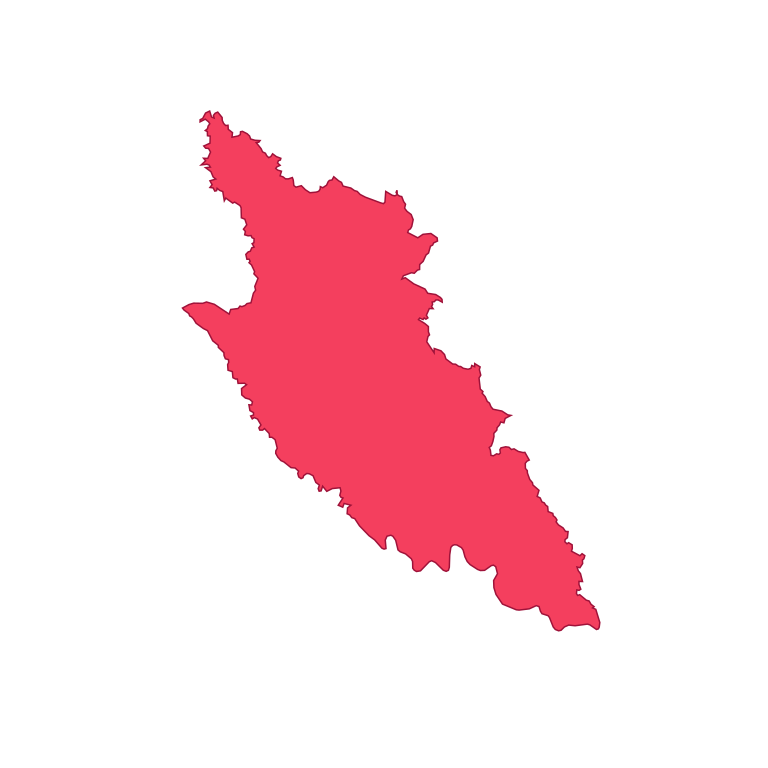 the district of Vacaria, Rio Grande do Sul, Brazil, rotated 144°
{"feature_id": "56859067B46589048309453", "entity_name": "Vacaria", "entity_type": "district", "adm_level": 2, "iso_a3": "BRA", "parent_name": "Brazil", "parent_adm1": "Rio Grande do Sul", "projection": "equal_earth", "projection_center": [-50.936, -28.365], "detail": "fine", "context": "isolated", "style": "filled", "palette": "rose", "viewbox_px": 768, "rotation_deg": 144, "n_neighbors": 0, "source": "geoboundaries", "source_scale": "gbopen_adm2", "svg_char_len": 6150}
<svg xmlns="http://www.w3.org/2000/svg" viewBox="0 0 768 768"><g transform="rotate(144 384 384)"><path d="M417.5,136.3L409.7,123.6L407.6,121.7L398.6,116.7L391.1,115.2L389.4,112.8L391.0,108.2L391.2,105.3L387.4,100.1L387.4,97.8L389.9,88.0L389.7,84.7L387.8,81.7L385.5,80.7L380.8,81.4L376.3,80.4L371.5,76.1L360.6,70.2L359.0,68.1L356.4,60.5L354.5,59.9L352.8,60.8L349.6,64.2L345.1,77.2L346.9,80.3L344.9,80.4L346.0,84.1L345.6,87.9L347.4,90.2L349.5,98.5L351.6,99.1L351.5,101.3L349.0,104.1L347.5,102.4L345.4,102.3L344.1,107.2L342.3,109.7L339.5,107.5L336.5,115.1L336.6,118.7L335.4,122.5L333.5,120.2L328.8,122.0L327.0,124.9L325.0,125.1L322.4,127.1L323.5,130.3L326.4,129.9L330.6,138.5L328.4,140.2L326.3,143.3L327.9,147.1L329.9,147.2L330.4,150.1L328.9,151.7L326.0,151.8L321.8,156.4L323.8,158.1L323.7,162.3L325.7,167.5L325.8,171.3L324.0,172.3L323.8,175.3L324.5,178.0L323.5,180.1L326.2,184.3L323.6,188.7L324.4,191.0L324.2,193.6L325.5,195.8L324.6,200.0L326.2,203.0L321.1,206.9L322.9,214.8L321.9,216.9L322.2,221.1L320.3,227.7L319.0,229.7L319.2,232.6L316.3,236.8L313.7,237.5L311.2,237.1L310.2,245.9L311.8,246.8L315.0,250.5L316.9,255.1L319.4,256.1L320.1,259.4L322.5,261.7L326.9,263.6L328.9,262.7L330.4,259.8L332.4,259.6L333.9,261.3L337.7,261.6L339.4,263.4L336.8,268.0L336.2,270.8L333.5,270.9L329.7,273.5L325.9,276.9L324.2,279.5L319.8,280.4L318.2,282.2L314.6,283.0L312.0,284.7L309.8,282.1L306.2,284.9L299.8,284.0L302.0,286.3L304.5,292.8L310.6,299.5L310.8,302.8L309.9,306.6L310.7,309.2L309.6,314.3L310.0,318.9L308.4,319.7L309.1,323.3L303.6,333.0L300.5,334.3L298.4,339.6L296.2,341.3L298.6,347.2L300.5,344.7L302.1,347.4L304.4,345.6L307.3,346.5L310.6,350.1L311.7,353.1L313.2,354.3L314.4,357.9L316.7,359.8L319.2,367.9L317.7,372.3L318.4,377.4L322.5,383.2L325.1,379.8L324.6,393.0L320.5,396.6L318.3,397.0L317.4,400.1L314.3,404.4L315.5,409.2L318.3,415.8L316.4,416.4L314.5,413.2L312.7,413.8L312.0,411.8L309.6,411.7L309.3,414.7L303.0,418.4L300.0,416.1L300.0,418.8L298.0,419.7L296.9,422.0L294.8,421.0L292.7,421.5L290.8,420.2L288.8,416.0L287.3,418.4L287.5,420.8L289.6,426.0L295.3,431.7L295.0,436.7L301.1,447.6L304.3,457.5L307.9,458.4L304.7,460.2L296.4,457.9L294.4,455.8L290.0,456.5L287.9,455.7L284.9,459.7L280.3,460.2L274.1,463.7L271.0,463.8L265.4,468.2L263.0,467.8L260.9,469.0L256.7,468.2L255.1,471.0L257.6,478.2L264.5,482.2L270.7,482.4L275.8,492.6L273.7,494.2L271.4,494.0L268.9,495.2L263.8,499.8L262.4,505.1L263.9,510.1L264.0,514.1L260.9,516.8L260.9,519.9L259.5,525.2L261.0,526.9L261.9,529.5L264.6,529.8L266.4,531.8L269.4,538.8L276.3,530.6L278.4,530.2L280.3,532.6L289.2,546.0L291.9,551.4L292.5,555.6L294.2,557.8L295.6,562.0L300.8,568.2L299.9,572.1L301.3,575.1L302.8,581.2L306.2,579.6L308.5,580.8L310.2,580.5L313.6,578.6L318.2,578.8L319.5,581.1L321.2,579.1L323.6,578.3L326.1,579.1L331.5,582.3L333.4,587.3L334.3,593.0L339.5,595.0L340.3,597.5L337.5,602.4L336.8,604.9L340.9,606.2L343.1,607.9L343.9,610.9L345.7,613.5L341.9,616.4L344.3,619.6L344.9,622.0L343.2,622.6L339.5,622.0L340.2,625.4L338.2,626.7L336.2,626.1L334.8,627.2L337.4,631.2L338.8,635.7L341.9,634.5L344.2,634.9L344.7,637.7L344.3,640.4L345.8,643.2L345.1,646.7L345.5,654.4L343.1,653.2L341.2,653.8L345.1,657.0L347.9,660.6L347.0,663.6L347.6,666.9L350.0,671.6L351.8,672.4L353.7,670.2L356.2,670.4L361.9,673.0L358.8,676.4L360.3,681.6L358.1,685.0L360.2,686.2L360.6,689.1L359.9,692.3L358.3,694.8L358.7,701.7L361.4,702.3L364.1,701.6L365.1,699.0L366.6,701.4L364.6,707.3L369.1,708.1L374.6,705.4L377.4,705.9L378.7,704.2L372.9,703.3L371.8,699.2L372.0,696.9L374.6,696.1L376.7,694.3L379.6,694.1L378.5,692.1L380.9,688.6L378.9,686.7L383.2,681.1L389.9,682.5L389.7,679.6L387.5,677.7L388.0,673.6L394.0,670.1L397.3,672.7L397.1,669.4L403.1,668.7L398.1,665.9L396.8,664.0L397.0,661.5L401.2,663.9L399.2,657.5L400.5,652.0L399.6,648.7L405.4,650.7L405.9,646.3L409.3,645.3L407.0,643.1L407.5,639.5L405.8,638.8L404.0,640.4L403.1,637.1L401.3,634.5L405.5,626.1L402.7,627.4L400.1,619.3L397.9,618.9L395.6,613.0L396.0,610.6L401.7,602.3L399.7,599.1L401.5,593.4L406.7,591.9L406.5,588.9L409.0,586.6L406.9,583.8L404.3,582.2L404.8,580.0L403.7,577.9L406.2,574.8L408.2,575.1L408.6,571.1L410.9,571.9L414.1,570.0L416.2,570.7L419.6,570.1L421.6,565.5L419.7,564.2L420.2,562.0L421.9,561.5L421.2,558.2L422.6,551.0L424.5,549.6L423.7,543.6L431.2,538.9L432.7,535.4L436.3,534.2L443.9,527.9L447.6,529.6L450.2,529.2L453.5,530.1L454.7,531.7L457.6,530.8L464.2,534.4L468.2,531.6L474.4,548.2L479.4,554.7L483.2,555.8L490.5,561.3L495.1,562.9L502.4,563.9L502.3,561.2L500.5,555.8L501.2,553.3L500.3,551.5L499.9,548.7L500.3,543.5L497.5,535.0L495.4,530.9L497.2,519.6L495.3,512.7L496.5,511.0L495.1,503.5L496.7,501.0L497.5,497.6L495.5,495.2L496.9,492.8L499.1,491.6L502.1,486.8L499.4,483.2L502.5,477.9L501.2,475.3L499.7,474.2L501.7,470.3L496.4,466.6L495.6,464.2L501.9,464.1L505.5,458.8L504.4,454.1L501.7,450.7L500.9,446.9L503.4,444.8L505.5,446.6L508.1,441.3L506.4,437.6L507.8,435.6L510.7,436.5L511.1,433.2L508.7,433.1L506.9,430.0L507.6,423.2L511.0,422.1L511.6,419.7L509.3,418.0L506.9,418.2L506.0,411.4L507.9,408.2L506.0,406.8L504.8,403.0L508.1,394.8L510.8,393.5L512.4,391.5L512.9,387.1L512.4,382.6L510.8,379.8L508.4,371.0L505.3,368.3L504.3,363.7L506.4,362.3L507.6,358.9L506.7,356.2L504.6,355.8L502.8,357.1L499.1,357.0L497.2,355.3L495.3,351.5L497.0,344.4L495.7,340.2L498.8,338.0L499.5,335.4L497.7,334.5L493.7,337.4L493.4,330.8L487.3,329.8L480.5,325.9L481.8,322.7L485.2,319.9L485.4,317.6L484.2,315.9L492.3,312.8L489.8,308.6L486.5,310.8L482.0,305.4L486.3,305.2L490.1,300.7L488.7,298.2L488.6,294.8L486.8,292.3L487.2,283.7L485.3,270.1L483.2,263.4L482.2,252.4L481.0,250.4L479.1,249.7L474.7,257.0L471.0,259.1L467.3,257.6L466.3,255.6L466.4,250.7L470.2,241.5L469.5,238.7L466.4,233.9L464.6,226.6L465.2,223.6L469.0,218.1L469.0,215.6L467.9,213.2L464.3,211.4L451.8,213.6L449.3,213.0L447.3,209.3L445.5,198.5L443.8,195.9L441.4,195.4L438.9,197.3L431.2,207.2L426.0,212.5L423.4,213.1L421.4,212.5L419.7,211.0L417.5,206.1L417.6,203.1L420.1,196.6L421.0,191.5L420.5,187.3L417.3,179.0L415.6,176.4L412.1,174.1L404.0,174.0L401.9,173.1L401.0,170.5L403.7,163.8L410.8,160.6L414.8,154.6L417.1,147.9L417.5,136.3ZM261.9,529.5L259.6,533.1L261.6,531.9L261.9,529.5Z" fill="#f43f5e" stroke="#9f1239" stroke-width="1.5"/></g></svg>